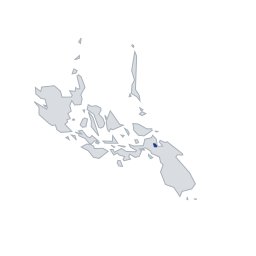 NCR, Fourth District, Paranaque, Philippines shown in context, rotated 139°
{"feature_id": "2640588B20861121251971", "entity_name": "NCR, Fourth District", "entity_type": "district", "adm_level": 2, "iso_a3": "PHL", "parent_name": "Philippines", "parent_adm1": "Paranaque", "projection": "robinson", "projection_center": [120.995, 14.466], "detail": "fine", "context": "in_parent", "style": "filled", "palette": "blue", "viewbox_px": 256, "rotation_deg": 139, "n_neighbors": 0, "source": "geoboundaries", "source_scale": "gbopen_adm2", "svg_char_len": 4434}
<svg xmlns="http://www.w3.org/2000/svg" viewBox="0 0 256 256"><g transform="rotate(139 128 128)"><path d="M119.8,40.2L128.7,44.6L133.7,42.3L132.4,53.3L136.8,60.7L132.2,73.6L125.7,77.1L125.9,80.7L123.3,85.5L127.0,93.6L126.1,95.7L127.8,101.4L133.2,104.7L133.0,101.7L138.2,99.3L141.9,101.1L143.9,107.1L146.3,106.0L146.5,102.9L152.5,105.9L152.4,107.5L149.3,108.6L152.6,113.8L152.2,115.9L156.5,117.0L155.5,123.4L153.3,121.7L154.2,118.6L146.5,116.9L144.7,111.4L137.8,105.0L136.3,105.3L138.7,112.0L137.9,114.8L135.2,110.3L128.0,104.6L122.7,108.5L116.7,105.3L114.2,106.4L114.0,101.1L117.9,94.8L113.6,91.6L113.6,97.1L111.8,97.5L109.6,92.8L107.5,92.0L103.8,72.7L104.5,71.7L108.5,75.5L111.0,74.7L110.9,53.6L113.8,41.7L119.8,40.2ZM172.7,162.1L181.5,168.7L182.8,173.2L180.8,178.1L183.6,179.6L184.7,183.5L186.3,196.6L181.5,202.1L181.5,209.5L177.1,195.5L175.4,196.4L171.7,204.3L174.2,207.4L175.2,214.1L171.3,219.3L169.9,212.8L166.2,215.5L155.9,208.2L154.8,200.1L157.5,194.6L150.9,188.8L148.8,188.9L147.6,194.4L144.0,190.4L140.9,192.8L140.3,190.1L138.2,189.5L132.4,200.7L130.3,200.5L129.8,197.3L133.7,187.0L141.7,184.1L143.4,180.3L148.1,176.6L153.1,180.3L152.5,185.6L157.3,183.1L159.8,178.0L163.8,178.5L165.4,172.9L168.7,174.3L169.6,172.1L173.1,172.3L172.7,162.1ZM146.7,168.8L142.7,171.7L141.2,168.1L137.5,165.9L135.5,161.2L136.4,159.3L141.0,157.6L140.6,151.8L142.6,146.6L145.9,145.1L148.9,146.0L149.6,148.0L144.8,160.6L146.7,168.8ZM169.8,124.0L173.3,128.6L172.9,136.8L175.8,144.3L169.8,143.0L167.3,140.3L165.9,137.3L166.8,134.5L160.2,129.1L158.3,123.4L169.8,124.0ZM129.7,133.2L140.8,136.8L141.5,138.9L144.7,137.6L144.2,141.0L140.0,147.4L130.1,152.6L131.9,136.1L129.7,133.2ZM87.5,169.0L72.8,181.2L74.4,176.5L97.1,152.2L98.1,145.4L101.1,140.7L100.8,145.6L102.7,151.9L96.7,157.9L91.7,159.9L87.5,169.0ZM111.4,110.3L121.0,111.5L124.9,115.7L125.1,122.4L121.4,128.2L117.6,124.2L114.4,115.1L110.6,111.8L111.4,110.3ZM161.8,140.3L166.1,139.9L167.3,142.1L167.1,147.9L170.2,154.5L168.7,156.1L166.8,153.7L167.3,158.3L164.3,156.4L164.4,148.0L162.9,145.5L160.2,146.0L158.8,137.6L161.8,140.3ZM147.3,166.3L147.5,159.2L155.3,141.2L154.9,153.2L151.3,157.0L147.3,166.3ZM162.1,161.7L156.4,164.3L154.1,163.9L152.7,161.3L158.9,156.6L161.9,158.4L162.1,161.7ZM145.6,123.2L155.3,131.7L155.4,134.6L148.5,128.2L144.6,132.3L145.6,123.2ZM159.0,108.8L156.9,110.1L155.2,108.3L157.4,102.6L159.8,105.5L159.0,108.8ZM134.6,205.5L130.2,208.1L128.7,204.7L131.4,203.6L134.6,205.5ZM105.1,127.1L109.3,128.2L110.3,131.1L106.6,131.1L105.1,127.1ZM129.6,110.0L132.0,111.1L130.7,114.6L128.6,112.9L129.6,110.0ZM119.0,212.5L123.6,214.6L117.1,214.5L119.0,212.5ZM175.4,159.9L173.0,157.1L175.0,152.7L174.8,155.4L175.4,159.9ZM132.4,122.2L130.8,129.8L129.7,126.7L130.7,123.0L132.4,122.2ZM108.5,223.0L108.8,225.3L104.3,226.6L108.5,223.0ZM131.0,89.9L130.9,93.2L129.8,94.7L128.7,89.4L131.0,89.9ZM139.2,148.6L137.2,152.9L137.2,150.4L139.2,148.6ZM106.9,132.4L105.8,135.5L104.8,131.9L106.9,132.4ZM162.2,138.2L160.7,138.3L159.2,135.8L161.0,135.5L162.2,138.2ZM137.9,124.5L137.9,127.3L135.8,125.0L137.9,124.5ZM181.2,161.5L179.0,161.0L180.0,157.9L181.2,161.5ZM143.2,115.9L147.2,121.6L142.2,116.0L143.2,115.9ZM106.6,150.9L104.0,152.5L104.7,149.9L106.6,150.9ZM150.7,168.7L150.2,171.1L148.8,169.9L150.7,168.7ZM151.3,122.8L152.1,126.2L150.2,121.9L151.3,122.8ZM71.1,187.9L69.7,187.7L70.0,185.6L71.1,185.3L71.1,187.9ZM164.7,170.6L163.0,170.7L162.8,169.4L163.8,169.2L164.7,170.6ZM176.6,200.6L175.4,199.0L175.7,197.5L176.6,198.2L176.6,200.6ZM109.1,106.2L109.8,108.1L107.8,105.9L109.1,106.2ZM169.8,157.2L170.5,159.7L168.6,156.6L169.8,157.2ZM130.4,35.5L128.5,37.1L129.9,34.7L130.4,35.5ZM132.7,103.0L130.1,101.6L130.1,100.6L132.7,103.0ZM123.3,29.4L124.9,31.2L123.1,30.0L123.3,29.4Z" fill="#d9dde1" stroke="#a8b0b8" stroke-width="1"/><path d="M118.8,98.9L118.9,98.7L119.0,98.7L119.3,98.5L119.3,98.4L119.3,98.5L119.3,98.4L119.2,98.4L119.2,98.2L119.2,97.9L119.2,97.7L119.3,97.6L119.2,97.6L119.2,97.4L119.3,97.4L119.2,97.4L119.3,97.4L119.3,97.2L119.4,96.8L119.4,96.7L119.6,96.7L119.8,96.5L119.8,96.4L119.8,96.5L119.8,96.4L119.7,96.3L119.7,96.2L119.4,96.1L119.3,95.9L119.2,95.9L118.9,95.8L118.8,95.7L118.6,96.0L118.4,96.0L118.4,95.9L118.3,96.0L118.3,96.4L118.3,96.6L118.5,96.8L118.4,96.9L118.3,97.0L118.3,96.9L118.4,97.0L118.2,97.1L118.3,97.1L118.2,97.2L118.2,97.3L118.2,97.5L118.3,97.6L118.4,97.8L118.5,97.9L118.5,98.0L118.6,98.3L118.7,98.5L118.7,98.8L118.8,98.9Z" fill="#3b82f6" stroke="#1e3a8a" stroke-width="1.5"/></g></svg>